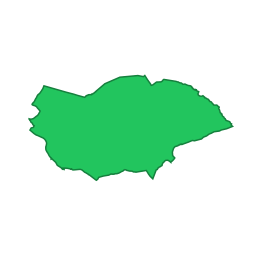 Shai Osudoku, Eastern, Ghana (Mercator projection), rotated 199°
{"feature_id": "2480657B66464396810782", "entity_name": "Shai Osudoku", "entity_type": "district", "adm_level": 2, "iso_a3": "GHA", "parent_name": "Ghana", "parent_adm1": "Eastern", "projection": "mercator", "projection_center": [0.159, 5.966], "detail": "fine", "context": "isolated", "style": "filled", "palette": "green", "viewbox_px": 256, "rotation_deg": 199, "n_neighbors": 0, "source": "geoboundaries", "source_scale": "gbopen_adm2", "svg_char_len": 5492}
<svg xmlns="http://www.w3.org/2000/svg" viewBox="0 0 256 256"><g transform="rotate(199 128 128)"><path d="M222.0,134.6L222.7,132.2L223.0,131.6L223.3,131.2L223.4,130.9L223.7,130.6L224.0,130.0L224.0,129.7L224.2,129.4L224.3,128.7L224.4,127.6L224.6,126.2L224.8,125.8L225.0,124.6L225.0,124.0L225.1,123.6L225.2,122.7L225.4,122.0L226.0,120.9L226.1,120.2L226.3,119.9L226.2,119.6L226.4,119.3L226.3,118.9L225.7,118.8L225.3,118.6L223.8,118.7L223.1,118.7L221.9,118.5L221.2,118.2L220.7,117.9L220.1,117.4L218.6,116.6L218.0,116.2L217.7,116.0L217.1,115.8L216.8,115.6L216.6,115.1L217.1,112.0L217.5,110.7L217.7,110.2L218.4,109.4L219.9,107.0L220.8,105.8L221.2,105.6L221.7,105.3L222.1,105.0L222.8,104.7L223.9,104.5L224.5,104.5L224.4,104.2L223.6,103.7L223.3,103.3L223.0,103.2L222.6,103.1L222.4,102.9L222.1,102.3L221.8,102.1L221.4,101.8L221.0,101.7L220.4,101.5L220.1,101.4L219.4,100.6L218.5,99.9L218.0,99.7L217.5,99.6L217.6,98.9L217.5,98.4L217.6,98.0L217.9,97.6L219.0,96.9L219.6,96.4L220.0,94.1L217.4,93.1L216.5,92.7L216.1,92.6L215.2,92.2L214.1,91.9L212.6,91.5L211.0,91.5L204.7,90.9L204.4,90.7L204.1,90.7L203.7,90.5L203.4,90.4L202.5,89.9L201.9,89.4L201.8,89.2L201.3,88.9L200.5,88.0L200.0,87.0L199.8,86.4L199.8,85.9L199.7,85.6L199.6,84.5L199.6,84.1L199.5,83.8L199.6,83.5L199.3,82.5L198.8,81.3L198.5,80.7L198.0,80.1L197.7,79.9L197.5,79.6L196.3,78.6L195.4,78.0L193.5,76.1L191.4,74.7L191.1,74.7L190.9,74.6L191.0,74.5L191.3,74.6L191.1,74.4L190.8,74.3L190.7,74.4L190.6,74.2L190.4,74.2L190.4,73.9L190.3,74.0L190.1,73.8L189.8,73.9L189.7,73.9L189.7,73.7L188.4,73.5L188.3,73.4L186.2,72.4L185.3,72.1L182.7,69.7L179.7,69.0L178.9,68.8L177.7,68.4L177.5,68.1L177.4,68.1L176.6,67.8L175.7,68.0L174.9,67.9L174.9,68.0L175.4,68.2L175.6,68.3L175.7,68.2L176.1,68.2L176.3,68.0L176.4,68.4L176.2,68.6L176.6,68.8L173.0,70.0L172.2,70.1L171.7,70.3L171.0,70.3L169.9,70.5L168.8,70.3L168.5,70.4L168.5,70.8L168.3,71.0L168.2,71.0L167.9,70.7L167.8,70.8L166.5,70.4L164.8,71.1L160.4,73.1L159.4,73.4L158.5,73.4L157.9,73.4L157.6,73.2L157.1,73.1L155.9,72.6L155.2,72.3L154.2,72.0L153.6,72.0L153.2,71.9L151.3,71.5L150.5,71.3L150.3,71.1L150.2,71.2L148.8,70.9L144.7,69.5L142.9,68.9L142.1,68.6L141.8,68.6L141.4,68.4L140.9,68.3L140.0,69.6L139.6,71.8L138.5,72.6L135.6,74.6L130.8,77.2L129.7,78.3L129.5,78.6L129.0,79.1L128.1,79.0L127.9,79.1L127.6,79.4L126.9,79.5L126.2,79.8L126.0,80.2L125.6,80.2L125.2,80.5L124.8,80.8L124.7,80.9L124.3,80.9L123.4,81.3L122.7,81.9L121.8,82.5L121.5,83.0L120.8,83.6L120.3,84.3L119.6,85.0L118.8,85.6L118.5,86.2L118.4,86.4L118.0,87.1L117.3,87.4L117.3,87.6L116.7,87.7L116.2,87.7L115.9,87.6L115.6,87.7L115.2,87.5L114.9,87.5L114.1,87.8L113.1,87.7L112.5,87.8L112.1,88.0L111.8,88.0L111.2,88.2L110.5,88.4L109.5,88.5L108.7,88.2L108.3,88.4L106.0,88.9L96.9,93.8L94.8,92.2L94.1,91.5L91.3,89.5L88.0,88.0L87.7,97.5L87.4,97.9L86.8,98.3L86.6,99.9L86.3,100.3L86.0,100.6L85.8,101.2L85.6,101.5L84.9,101.9L84.5,102.5L84.3,102.8L84.0,103.3L83.6,103.6L83.8,104.2L83.7,106.1L83.2,107.1L82.8,107.8L82.5,108.7L81.7,109.8L79.9,110.4L79.8,110.5L77.9,110.1L76.2,109.4L76.3,110.1L76.2,110.2L76.0,110.6L75.6,110.9L75.1,111.9L74.5,113.2L74.0,114.9L76.8,116.5L78.2,119.7L78.3,123.6L77.5,125.7L75.4,127.2L75.1,127.3L74.9,127.9L74.7,128.2L73.6,128.8L73.5,129.4L73.4,129.6L73.2,129.7L72.8,129.7L72.5,130.1L72.2,130.2L71.7,129.9L70.2,131.2L66.2,134.4L63.2,137.1L60.9,137.6L54.9,141.6L53.7,143.9L51.1,146.1L49.3,148.7L47.5,150.2L45.5,152.4L40.6,154.9L38.8,156.8L38.3,157.0L34.5,159.4L32.4,161.2L29.6,163.6L30.0,163.8L30.5,163.7L30.9,163.8L31.0,163.9L31.1,164.4L31.4,164.6L31.4,165.6L32.4,165.7L33.2,166.4L33.5,166.8L33.8,167.0L35.0,167.1L37.9,167.1L38.3,167.7L38.7,167.9L38.9,168.2L39.0,168.3L39.3,168.5L39.8,168.5L40.2,168.7L41.0,169.6L42.2,169.9L42.4,170.0L43.2,170.7L43.4,171.0L43.6,171.6L44.1,171.4L44.7,172.2L45.8,172.5L47.1,174.5L47.8,175.3L48.2,175.5L48.6,175.9L48.6,176.2L48.7,176.4L48.5,177.2L48.6,177.4L48.8,177.6L49.1,177.7L50.1,177.9L51.0,178.4L51.5,178.6L52.7,178.1L54.3,177.7L54.7,177.8L55.1,178.1L55.9,178.7L56.3,178.8L56.5,178.9L57.1,179.3L57.6,179.7L58.2,179.8L58.6,179.7L58.9,179.8L59.2,179.7L59.6,180.0L60.1,180.5L60.3,180.4L60.7,180.8L61.1,180.9L61.5,181.3L61.8,181.2L62.1,181.3L62.8,181.3L63.2,181.4L63.4,181.6L64.1,181.6L64.5,181.7L65.2,181.5L65.4,181.6L65.6,181.9L65.7,182.2L66.0,182.2L66.1,182.3L66.5,182.3L67.0,182.7L67.7,182.9L68.1,182.4L69.2,181.8L70.7,181.6L72.1,182.0L73.0,182.9L72.9,184.5L73.0,185.4L74.5,185.4L75.7,186.0L75.8,186.4L76.2,186.4L76.1,186.2L76.5,186.1L76.8,186.1L76.7,186.0L76.8,185.8L77.1,186.0L77.4,186.1L77.5,186.0L77.8,185.8L78.4,185.9L78.6,186.0L78.8,186.0L79.1,186.2L79.4,186.6L79.6,186.5L79.8,186.6L80.0,186.6L80.3,186.9L80.4,187.1L81.0,187.3L81.2,187.5L81.2,187.8L81.3,187.9L81.6,188.0L83.0,188.2L85.0,187.8L86.6,187.9L88.5,188.1L89.1,187.7L90.4,187.2L92.1,187.9L93.6,187.6L94.8,187.7L95.5,187.9L95.9,187.7L97.8,187.7L109.9,185.6L110.4,185.0L110.9,183.4L111.9,182.3L116.0,180.7L118.7,176.7L119.9,175.9L121.1,177.0L125.2,179.9L129.2,183.1L130.1,181.6L135.7,180.8L152.2,173.4L164.3,162.3L170.4,152.0L170.3,151.8L170.9,151.1L171.5,150.0L171.7,149.6L171.9,149.4L172.0,149.5L172.3,149.2L172.4,148.9L172.8,148.4L173.0,148.4L173.1,148.2L173.3,148.2L173.3,147.9L173.5,148.0L173.7,147.7L174.0,147.5L174.5,147.2L175.8,146.8L176.1,146.6L176.2,146.4L176.4,146.3L176.6,146.0L176.9,145.9L177.1,145.5L177.3,145.3L177.6,145.3L178.1,144.8L178.2,144.3L178.3,144.2L178.3,143.9L178.7,143.5L179.0,142.9L186.4,142.4L190.4,142.3L198.3,141.7L221.2,140.5L221.3,137.6L222.0,134.6Z" fill="#22c55e" stroke="#15803d" stroke-width="1.5"/></g></svg>